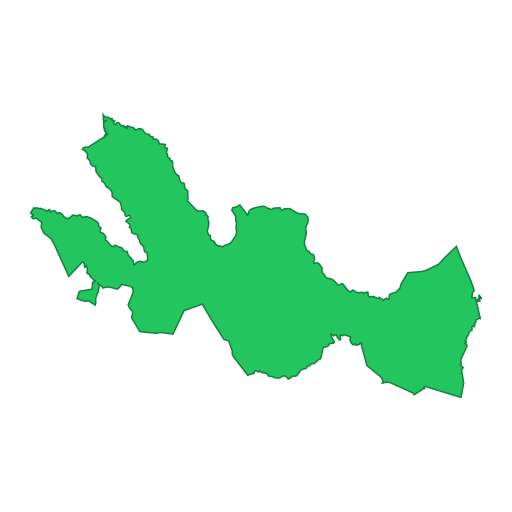 outline of Pilcaya, Guerrero, Mexico
{"feature_id": "50627088B59284126208067", "entity_name": "Pilcaya", "entity_type": "district", "adm_level": 2, "iso_a3": "MEX", "parent_name": "Mexico", "parent_adm1": "Guerrero", "projection": "robinson", "projection_center": [-99.629, 18.716], "detail": "fine", "context": "isolated", "style": "filled", "palette": "green", "viewbox_px": 512, "rotation_deg": 0, "n_neighbors": 0, "source": "geoboundaries", "source_scale": "gbopen_adm2", "svg_char_len": 6046}
<svg xmlns="http://www.w3.org/2000/svg" viewBox="0 0 512 512"><path d="M82.4,149.6L83.7,149.9L86.3,152.2L87.7,154.3L87.1,157.8L90.0,160.9L90.6,164.1L92.4,165.9L95.5,166.6L96.0,171.5L99.6,176.8L101.6,177.9L102.0,181.3L104.6,183.2L106.4,186.9L109.8,188.8L112.1,192.3L112.2,196.7L120.0,202.0L121.3,205.8L121.6,209.3L124.7,212.5L125.3,215.9L126.5,216.4L129.5,215.1L129.9,215.5L130.4,217.4L130.0,218.4L127.6,219.4L125.9,221.1L129.8,224.4L130.2,225.5L129.4,227.5L131.0,228.5L131.8,232.6L132.7,233.4L137.6,234.8L138.0,238.0L139.6,239.7L139.5,241.2L140.9,244.1L143.3,246.2L144.7,251.7L147.1,252.9L147.7,257.8L147.2,260.5L146.1,261.3L143.9,262.1L139.9,261.3L138.3,261.6L135.9,263.0L134.7,265.0L133.9,264.8L133.0,260.5L128.1,254.9L127.2,251.5L124.3,251.1L121.6,247.6L120.0,247.5L115.2,245.2L113.7,246.5L112.6,246.5L110.2,245.0L107.4,241.3L105.6,240.3L105.3,238.6L106.1,237.4L104.8,235.1L103.0,233.2L100.2,232.2L100.1,229.9L101.1,228.0L98.8,226.4L98.3,223.1L97.6,222.1L90.1,217.6L89.2,217.6L87.0,216.5L82.2,217.3L80.0,214.6L77.3,215.9L72.9,215.0L69.4,218.0L66.7,218.6L63.4,216.3L62.7,214.9L60.4,212.9L58.9,212.6L57.4,213.6L55.3,211.1L52.7,210.6L51.1,212.0L50.4,211.9L49.6,209.5L48.2,209.9L47.5,211.2L40.6,208.3L38.3,208.4L36.5,207.7L35.2,208.5L33.9,207.8L30.7,212.7L32.3,214.8L33.4,214.8L33.0,215.9L31.3,217.0L33.2,218.8L36.5,218.3L41.7,222.4L41.1,227.0L43.6,232.8L51.0,238.7L53.7,243.2L68.8,276.4L81.7,262.6L83.0,262.2L84.1,263.4L84.6,267.1L86.5,265.9L86.2,267.0L87.5,268.5L86.9,273.1L89.9,275.0L90.2,276.6L92.9,278.8L93.4,280.1L95.4,280.8L94.7,282.0L92.5,282.3L92.1,289.2L79.4,291.3L77.0,298.7L84.5,301.2L88.7,301.0L95.2,305.1L95.8,302.6L95.6,298.9L97.0,294.2L98.2,292.2L98.6,288.6L99.1,287.8L99.1,286.0L98.2,283.7L102.3,286.8L102.8,288.0L107.3,287.0L111.5,287.5L117.2,289.2L119.6,287.3L121.6,284.4L129.6,286.1L132.5,287.7L133.3,291.9L128.2,304.7L129.5,308.1L132.6,311.5L132.3,315.0L131.5,317.6L139.8,331.6L156.4,333.3L160.1,332.4L173.0,334.1L184.0,310.7L202.2,304.1L212.4,321.3L223.8,339.3L228.7,340.9L232.3,351.1L232.2,354.0L233.5,356.8L247.8,375.3L251.9,373.7L253.3,373.8L254.0,373.3L254.6,371.4L255.7,370.7L259.0,372.1L259.9,370.9L262.0,372.6L266.9,373.6L268.9,376.3L272.2,376.5L274.6,377.7L277.7,378.1L280.0,377.8L283.2,376.0L284.7,376.0L286.6,376.9L288.2,379.1L290.3,378.1L292.7,376.1L295.5,376.2L296.9,375.6L300.6,370.4L302.5,369.2L306.1,368.4L307.7,366.2L309.7,365.8L310.4,364.6L312.0,363.8L314.3,363.6L319.0,359.3L320.7,358.8L323.2,347.4L327.9,346.4L329.6,343.7L333.5,343.2L334.5,341.9L331.5,337.1L331.0,334.8L331.3,333.9L333.7,335.9L335.6,334.7L336.7,335.0L337.1,337.1L339.7,340.1L340.6,339.5L340.1,335.7L341.0,334.8L342.4,335.8L343.8,334.7L350.5,336.7L349.9,340.1L351.5,343.3L352.8,344.7L353.6,344.8L355.2,343.7L355.9,345.2L357.1,345.0L359.3,344.4L360.4,342.7L361.8,343.2L361.3,344.7L366.9,365.5L380.8,376.9L383.1,380.7L382.2,383.1L387.3,382.0L390.6,382.8L413.2,393.1L414.1,394.8L423.5,388.7L424.4,388.7L424.1,386.9L425.5,386.6L461.0,397.4L463.7,383.0L461.5,370.0L463.2,367.6L460.4,365.1L461.2,364.2L460.8,359.6L467.2,345.6L465.0,343.2L465.9,343.2L466.4,342.6L466.3,341.9L465.2,340.8L466.5,338.9L466.4,337.4L467.5,336.4L470.0,330.8L471.7,330.5L472.1,329.9L471.8,327.1L473.1,326.0L474.0,326.7L474.9,324.7L474.5,323.7L475.6,322.3L476.3,319.7L479.4,318.3L480.3,318.5L476.5,302.3L477.5,301.5L479.9,301.1L479.9,300.0L479.3,298.8L479.6,298.2L481.3,298.4L481.3,297.9L479.3,295.3L479.0,295.5L479.0,297.7L477.2,300.2L476.0,300.4L475.5,297.5L474.8,298.0L471.9,297.5L472.5,292.9L474.1,290.6L473.7,288.7L471.0,281.1L460.8,257.9L456.4,246.4L445.1,257.3L438.8,264.1L427.4,269.8L422.3,271.5L407.8,272.7L401.2,283.7L399.9,288.2L396.1,292.0L390.3,294.0L389.4,295.0L389.2,298.6L388.6,299.2L386.5,298.2L383.3,300.1L379.3,297.3L378.6,298.2L377.6,298.5L373.8,296.5L373.0,297.0L372.1,296.5L369.2,296.9L367.9,294.2L368.2,292.7L367.2,292.0L363.8,292.9L362.3,292.3L357.7,292.8L352.6,290.0L350.3,292.0L348.1,290.6L342.8,284.0L341.7,283.6L339.0,285.3L338.2,285.1L333.7,280.3L331.3,279.0L327.3,278.2L326.3,277.5L325.2,276.5L324.2,274.3L323.1,273.7L322.3,272.6L321.9,270.0L322.2,268.3L319.6,264.2L317.4,262.7L314.1,263.3L313.7,261.5L314.6,258.9L313.8,255.2L313.0,254.4L310.9,254.2L309.0,251.3L306.8,250.6L304.4,244.0L304.6,240.6L306.2,234.1L306.4,232.0L305.7,229.6L305.9,226.9L307.9,222.3L308.1,220.8L307.9,217.1L305.4,214.4L304.3,213.9L300.0,213.9L296.9,212.8L290.1,208.8L288.6,208.5L284.1,208.9L283.0,209.9L281.6,210.1L280.5,209.2L280.0,207.8L274.1,208.1L271.7,209.4L270.6,209.4L269.2,208.4L267.2,208.2L265.1,206.6L262.5,206.2L254.7,207.8L250.5,209.5L249.3,210.8L247.6,215.2L239.8,204.9L235.8,207.2L232.7,207.7L231.8,210.2L234.2,213.7L236.1,217.6L235.4,219.2L236.6,223.5L236.0,226.7L236.6,232.8L235.7,235.6L231.2,242.5L228.2,244.4L224.7,245.3L222.7,246.8L220.1,245.9L218.7,246.4L216.3,244.5L215.2,244.2L215.2,243.1L213.8,241.2L210.6,239.7L210.3,235.5L209.0,235.2L208.3,234.2L207.2,230.9L208.5,226.2L208.8,222.2L207.7,218.6L208.2,217.0L207.7,215.9L206.6,215.4L205.8,212.8L203.0,210.8L198.4,211.2L196.7,210.4L187.6,201.0L188.1,197.3L187.7,196.0L187.8,191.3L187.2,190.2L184.9,188.6L184.3,183.6L180.9,182.4L179.4,179.2L178.9,176.1L176.5,174.4L174.8,172.2L172.6,166.4L172.7,161.9L172.1,160.9L170.4,160.3L169.9,158.2L167.5,156.9L167.5,154.4L166.4,152.7L167.5,148.3L164.9,147.7L164.4,146.8L165.5,144.7L165.1,144.3L159.5,143.9L158.1,140.4L155.9,139.0L152.9,139.0L153.1,137.7L152.7,136.8L150.4,136.5L149.2,134.3L147.2,134.3L144.9,133.2L143.0,130.1L141.3,128.8L138.9,128.7L135.7,130.0L133.3,127.5L130.8,127.2L127.7,125.7L126.7,128.4L126.2,128.1L126.4,126.5L125.7,126.4L124.8,127.4L123.8,126.6L123.8,125.8L121.4,126.0L118.7,122.6L116.5,122.9L115.7,124.5L114.6,124.3L113.4,122.6L114.7,121.1L112.0,119.9L111.6,119.5L112.2,118.7L108.5,117.9L108.0,117.0L105.1,117.1L103.2,114.6L103.5,121.2L105.9,120.8L103.9,122.4L103.6,122.2L103.9,127.8L105.0,128.7L104.2,129.7L105.5,132.2L105.9,131.7L106.9,133.6L107.5,133.7L106.5,135.3L105.6,134.1L104.4,136.0L104.9,136.6L104.0,137.7L103.5,137.3L88.4,147.0L84.9,147.2L83.1,147.9L82.4,149.6Z" fill="#22c55e" stroke="#15803d" stroke-width="1.5"/></svg>